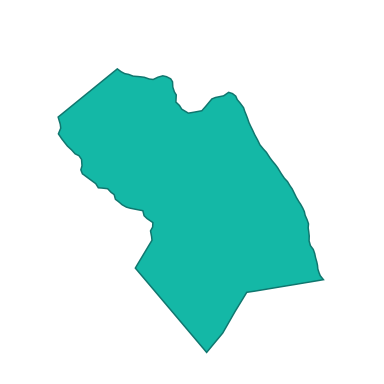 São José da Lagoa Tapada, Paraíba, Brazil, rotated 238°
{"feature_id": "56859067B38377179497869", "entity_name": "São José da Lagoa Tapada", "entity_type": "district", "adm_level": 2, "iso_a3": "BRA", "parent_name": "Brazil", "parent_adm1": "Paraíba", "projection": "robinson", "projection_center": [-38.124, -6.942], "detail": "fine", "context": "isolated", "style": "filled", "palette": "teal", "viewbox_px": 384, "rotation_deg": 238, "n_neighbors": 0, "source": "geoboundaries", "source_scale": "gbopen_adm2", "svg_char_len": 1638}
<svg xmlns="http://www.w3.org/2000/svg" viewBox="0 0 384 384"><g transform="rotate(238 192 192)"><path d="M242.3,279.9L246.3,279.3L250.1,279.9L254.0,278.5L257.1,275.9L256.8,269.8L259.7,262.0L260.4,258.2L257.3,248.8L255.7,243.4L258.5,236.3L260.8,230.7L267.7,227.2L272.1,227.2L276.8,226.0L282.7,230.1L286.2,230.1L291.1,231.3L295.8,233.9L299.3,233.9L303.3,231.5L306.0,228.8L307.4,224.0L308.0,218.7L310.4,215.7L314.6,212.3L318.4,207.6L321.4,203.5L325.3,200.6L328.0,197.7L331.6,195.6L336.0,193.9L326.5,118.2L322.9,117.2L319.3,116.2L315.7,114.5L312.1,109.5L306.3,109.7L301.4,110.2L296.9,110.7L291.5,112.2L286.3,113.1L282.7,115.4L278.2,115.6L272.5,112.6L269.7,109.5L265.5,108.7L255.9,112.5L250.1,114.8L245.2,114.8L243.0,117.8L239.5,122.2L234.5,123.2L231.1,124.6L226.4,123.2L223.0,124.5L218.2,126.0L214.0,128.3L210.9,131.1L206.3,136.0L202.2,140.4L197.3,138.8L193.3,139.8L186.8,142.6L183.1,140.0L181.0,136.2L175.6,134.1L172.3,132.5L160.2,108.8L157.5,103.6L128.0,107.9L48.2,119.4L56.1,143.3L67.8,165.1L77.9,185.3L74.5,193.1L71.8,199.6L65.8,214.1L59.2,229.9L48.0,257.0L53.1,256.4L56.4,257.0L60.0,257.9L63.4,259.6L66.4,260.7L70.9,262.0L74.7,263.4L79.0,264.4L83.8,264.0L88.5,265.4L92.6,268.1L96.8,270.1L100.0,271.5L103.2,273.9L107.4,274.9L112.3,275.6L115.9,276.9L119.8,277.4L123.8,277.6L127.0,277.5L132.1,277.6L136.7,278.1L141.6,278.6L145.5,278.4L150.3,278.5L154.8,277.6L160.6,277.4L167.2,277.5L171.0,277.2L176.1,276.5L179.7,276.2L186.3,276.1L190.5,275.3L196.0,274.6L201.6,275.2L207.2,275.5L212.6,276.2L216.8,276.6L220.8,277.1L225.0,278.1L228.5,278.8L232.6,279.5L236.2,280.4L242.3,279.9Z" fill="#14b8a6" stroke="#0f766e" stroke-width="1.5"/></g></svg>